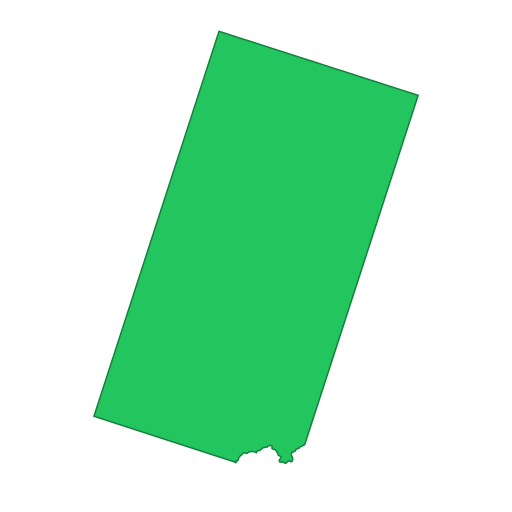 map outline of Kansas (Mercator projection), rotated 108°
{"feature_id": "USA-3530", "entity_name": "Kansas", "entity_type": "State", "adm_level": 1, "iso_a3": "USA", "parent_name": "United States of America", "parent_adm1": "", "projection": "mercator", "projection_center": [-97.125, 38.5], "detail": "fine", "context": "isolated", "style": "filled", "palette": "green", "viewbox_px": 512, "rotation_deg": 108, "n_neighbors": 0, "source": "natural_earth", "source_scale": "10m", "svg_char_len": 2627}
<svg xmlns="http://www.w3.org/2000/svg" viewBox="0 0 512 512"><g transform="rotate(108 256 256)"><path d="M53.7,360.6L53.7,354.2L53.7,347.7L53.7,341.3L53.7,334.9L53.6,328.5L53.6,322.0L53.6,315.6L53.6,309.1L53.6,302.6L53.5,296.1L53.5,289.7L53.5,283.2L53.5,276.7L53.5,270.1L53.4,263.6L53.4,257.1L53.4,250.6L53.4,244.0L53.4,237.5L53.3,230.9L53.3,224.3L53.3,217.7L53.3,211.1L53.3,204.5L53.2,197.9L53.2,191.3L53.2,184.7L53.2,178.1L53.2,171.4L53.1,164.8L53.1,158.1L53.1,151.4L66.0,151.4L77.4,151.4L88.9,151.4L100.3,151.4L111.7,151.4L123.2,151.4L134.6,151.4L146.0,151.4L157.4,151.4L168.9,151.4L180.3,151.4L191.7,151.4L203.2,151.4L214.6,151.4L226.0,151.4L237.5,151.4L248.9,151.4L260.3,151.4L271.8,151.4L283.2,151.4L294.6,151.4L306.0,151.4L317.5,151.4L328.9,151.4L340.3,151.4L351.8,151.4L363.2,151.4L374.6,151.4L386.1,151.4L397.5,151.4L408.9,151.4L420.4,151.4L423.4,154.3L424.2,155.4L424.8,155.6L425.5,155.7L425.9,155.9L426.3,156.5L426.5,157.1L426.8,157.7L427.2,158.1L427.7,158.2L428.9,158.4L429.5,158.6L430.1,159.1L431.5,160.8L432.7,161.3L434.0,161.0L435.1,160.3L436.7,158.8L437.6,158.4L438.5,158.1L439.8,158.1L440.5,158.5L440.9,159.3L440.8,160.3L440.3,161.0L441.2,162.0L443.6,163.4L444.1,164.2L444.0,164.9L443.8,166.3L443.7,167.1L443.9,168.0L444.3,168.5L444.6,169.0L444.5,169.8L443.6,170.7L442.4,170.6L439.8,169.8L439.3,170.0L439.0,170.6L438.9,171.3L438.7,173.0L438.4,173.5L437.9,173.7L437.3,174.1L435.6,175.9L434.7,177.1L434.4,178.3L434.4,179.8L434.4,180.6L434.2,181.2L433.6,181.6L432.1,181.7L431.7,181.9L431.6,183.3L432.3,184.8L433.2,185.9L434.2,186.3L434.5,186.8L435.7,189.3L436.3,190.2L436.7,190.4L437.7,190.9L440.0,192.6L440.2,193.0L440.5,194.1L440.7,194.5L443.1,195.0L442.6,196.3L443.1,199.1L444.3,201.9L446.1,203.2L446.6,203.9L446.7,205.4L446.9,206.8L448.0,207.5L449.1,207.9L451.5,209.5L452.7,210.0L454.4,209.9L455.2,210.0L455.8,209.9L456.0,210.0L456.3,210.2L456.4,210.8L456.6,210.9L457.9,211.0L458.8,211.4L458.9,212.0L458.1,212.8L458.2,213.1L458.3,213.4L458.5,213.5L458.5,214.0L458.5,219.1L458.5,228.1L458.5,237.0L458.5,245.9L458.5,254.8L458.5,263.7L458.5,272.6L458.5,281.5L458.5,290.3L458.5,299.2L458.5,308.0L458.5,316.8L458.5,325.6L458.5,334.3L458.5,343.1L458.5,351.8L458.5,360.6L445.9,360.6L433.3,360.6L420.7,360.6L408.1,360.6L395.5,360.6L382.9,360.6L370.3,360.6L357.7,360.6L345.1,360.6L332.5,360.6L319.9,360.6L307.3,360.6L294.7,360.6L282.0,360.6L269.4,360.6L256.8,360.6L244.2,360.6L231.6,360.6L219.0,360.6L206.4,360.6L193.8,360.6L181.2,360.6L168.6,360.6L156.0,360.6L143.4,360.6L130.8,360.6L118.2,360.6L105.6,360.6L93.0,360.6L80.4,360.6L67.8,360.6L53.7,360.6Z" fill="#22c55e" stroke="#15803d" stroke-width="1.5"/></g></svg>